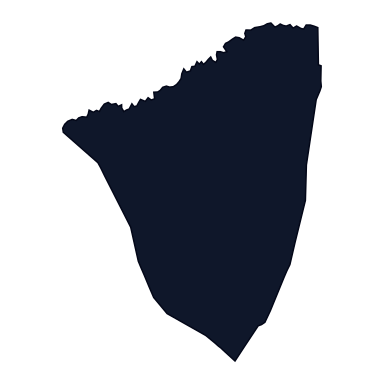 Canarana, Bahia, Brazil (Robinson projection)
{"feature_id": "56859067B18053238109826", "entity_name": "Canarana", "entity_type": "district", "adm_level": 2, "iso_a3": "BRA", "parent_name": "Brazil", "parent_adm1": "Bahia", "projection": "robinson", "projection_center": [-41.717, -11.766], "detail": "fine", "context": "isolated", "style": "filled", "palette": "ink", "viewbox_px": 384, "rotation_deg": 0, "n_neighbors": 0, "source": "geoboundaries", "source_scale": "gbopen_adm2", "svg_char_len": 1642}
<svg xmlns="http://www.w3.org/2000/svg" viewBox="0 0 384 384"><path d="M290.0,24.6L286.2,26.1L283.1,25.4L280.2,24.0L277.9,25.7L274.9,27.1L270.9,23.0L267.2,23.8L263.9,25.7L260.2,26.7L254.7,27.6L250.8,30.1L246.0,30.0L244.8,33.4L245.8,36.7L243.6,40.2L239.2,37.7L235.6,37.1L232.4,39.1L228.6,41.9L225.5,43.4L223.5,46.8L226.8,51.7L223.7,52.7L220.4,51.7L217.1,51.7L216.5,54.8L217.4,59.5L215.8,62.4L212.3,60.3L210.7,57.0L208.3,59.4L206.1,62.1L203.5,64.4L201.4,61.7L199.3,64.2L197.0,61.7L194.9,66.3L191.9,66.6L190.4,70.9L186.4,72.2L183.8,68.9L181.8,73.8L181.1,78.5L179.1,81.6L176.6,84.5L173.3,86.7L169.6,87.1L166.4,86.1L162.7,87.3L160.2,90.4L157.7,92.0L153.8,92.2L154.6,98.8L151.2,100.0L148.1,97.7L145.3,101.4L140.5,99.4L138.9,102.1L136.8,106.0L134.0,106.6L131.9,103.8L129.2,109.0L126.5,110.0L123.8,111.6L121.7,108.0L121.6,104.8L118.2,106.4L115.9,103.6L111.3,104.5L108.2,102.4L104.3,104.1L101.2,108.2L99.4,111.5L96.5,110.4L93.3,112.3L89.1,110.1L88.2,114.2L86.7,117.2L82.1,116.7L78.7,117.9L76.2,120.5L72.2,119.4L67.7,121.3L64.7,124.3L62.7,128.2L63.3,132.3L97.9,162.7L100.8,168.0L104.5,175.6L130.7,227.2L138.3,261.2L140.0,265.3L141.4,268.6L144.1,274.8L149.0,286.6L153.7,297.5L162.7,308.3L167.1,313.6L205.8,335.5L214.7,342.8L218.4,346.1L220.8,347.9L223.3,350.3L235.0,361.0L244.8,346.0L258.2,325.8L261.5,324.6L264.9,322.3L270.4,310.6L284.1,277.2L287.0,270.5L289.9,264.6L295.1,242.2L305.4,200.4L306.4,164.9L310.6,136.9L311.7,129.6L316.2,99.6L319.9,90.9L321.3,86.7L320.8,80.9L321.1,65.8L318.4,64.8L317.8,27.6L314.2,26.2L310.2,25.0L306.2,25.0L303.6,29.1L300.8,28.4L296.6,26.0L293.1,28.1L290.0,24.6Z" fill="#0f172a" stroke="#020617" stroke-width="1.5"/></svg>